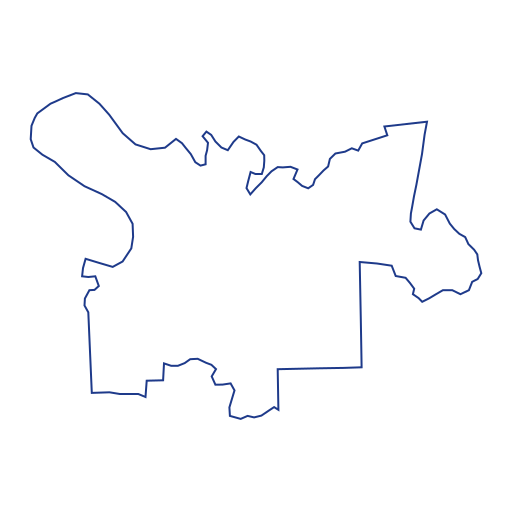 Porto Lucena, Rio Grande do Sul, Brazil
{"feature_id": "56859067B50046704042959", "entity_name": "Porto Lucena", "entity_type": "district", "adm_level": 2, "iso_a3": "BRA", "parent_name": "Brazil", "parent_adm1": "Rio Grande do Sul", "projection": "mercator", "projection_center": [-54.951, -27.852], "detail": "fine", "context": "isolated", "style": "outline", "palette": "blue", "viewbox_px": 512, "rotation_deg": 0, "n_neighbors": 0, "source": "geoboundaries", "source_scale": "gbopen_adm2", "svg_char_len": 2220}
<svg xmlns="http://www.w3.org/2000/svg" viewBox="0 0 512 512"><path d="M468.9,290.2L472.2,281.8L477.7,279.0L481.3,273.2L479.6,266.9L478.0,260.2L477.3,254.4L474.1,249.7L468.4,244.1L465.2,237.1L459.3,233.8L454.2,229.0L449.8,223.6L445.1,214.5L436.8,209.3L429.4,213.5L423.6,220.5L420.9,229.6L414.5,228.3L410.4,221.7L410.9,213.5L412.1,207.1L414.0,196.3L416.4,184.7L422.0,154.1L424.6,134.6L427.0,121.7L384.4,126.5L387.3,135.3L362.2,143.4L358.2,150.6L351.8,148.3L345.0,151.7L335.4,153.5L329.9,158.9L328.1,166.5L323.6,170.4L319.0,175.2L315.0,179.2L313.1,184.9L308.2,188.3L302.1,185.9L297.5,182.0L293.5,179.0L297.5,169.5L290.5,166.8L282.8,167.4L277.7,167.1L271.5,171.3L266.7,176.2L261.8,182.2L255.7,188.3L250.3,194.4L246.5,188.1L248.2,181.1L250.6,172.0L255.4,174.0L261.8,174.0L263.8,167.4L264.3,160.8L264.2,155.2L260.9,151.0L256.5,144.7L250.6,141.5L245.2,139.5L238.8,136.5L233.5,141.9L227.8,150.2L221.4,147.5L215.4,141.5L211.2,134.9L206.4,131.6L202.6,136.2L208.0,142.8L207.1,150.2L205.6,155.8L205.6,164.3L200.5,165.6L195.3,162.2L190.8,154.1L185.7,147.9L182.0,143.2L176.0,138.9L165.0,147.7L150.6,149.2L135.5,144.4L122.7,133.2L109.2,114.7L99.4,103.7L87.8,94.4L75.8,93.1L63.1,98.0L55.3,101.6L50.5,103.7L37.3,113.4L34.7,118.0L31.5,125.8L30.7,139.2L33.5,147.5L42.4,154.7L54.8,161.9L68.4,175.3L84.5,186.2L101.8,194.1L115.2,201.9L126.1,212.0L132.6,223.8L133.1,236.8L131.3,248.4L122.6,261.5L112.7,266.9L99.1,262.9L85.6,258.8L83.0,268.1L82.1,276.3L88.3,277.0L95.3,276.3L98.8,286.0L94.5,289.9L89.4,290.2L84.9,298.5L84.5,305.5L88.3,312.3L91.8,392.9L109.5,392.3L119.8,394.0L138.3,394.0L145.5,397.0L146.7,380.7L163.1,380.3L164.0,363.4L171.2,365.8L177.9,365.8L184.7,363.1L190.2,359.2L197.7,358.8L206.1,362.8L211.4,364.8L216.0,369.1L211.7,376.4L215.4,384.7L222.5,384.6L230.6,383.4L234.5,390.4L232.0,398.7L229.4,407.4L229.9,415.9L240.7,418.9L247.6,415.9L254.1,417.4L261.4,415.6L269.1,410.4L274.1,407.1L278.4,409.8L277.7,369.2L310.1,368.5L319.0,368.3L343.7,367.9L361.6,367.3L361.4,354.3L360.8,319.4L359.7,262.0L377.0,263.5L391.7,265.7L395.7,276.0L405.6,277.8L409.9,282.9L414.2,288.7L412.9,294.2L418.6,298.1L422.2,301.8L429.0,298.4L436.2,294.1L442.9,290.2L452.3,290.2L460.4,294.2L468.9,290.2Z" fill="none" stroke="#1e3a8a" stroke-width="2"/></svg>